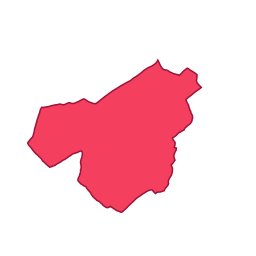 outline of Singida Urban, Singida, United Republic of Tanzania, rotated 50°
{"feature_id": "72390352B67063144918279", "entity_name": "Singida Urban", "entity_type": "district", "adm_level": 2, "iso_a3": "TZA", "parent_name": "United Republic of Tanzania", "parent_adm1": "Singida", "projection": "equal_earth", "projection_center": [34.722, -4.814], "detail": "fine", "context": "isolated", "style": "filled", "palette": "rose", "viewbox_px": 256, "rotation_deg": 50, "n_neighbors": 0, "source": "geoboundaries", "source_scale": "gbopen_adm2", "svg_char_len": 5019}
<svg xmlns="http://www.w3.org/2000/svg" viewBox="0 0 256 256"><g transform="rotate(50 128 128)"><path d="M195.9,149.1L195.9,148.8L195.9,147.0L197.9,144.2L198.4,142.9L199.3,140.7L198.3,138.5L197.5,134.2L196.6,132.6L195.6,132.1L195.3,131.8L194.7,131.4L193.4,129.2L193.0,128.4L192.7,126.8L192.1,125.3L191.3,123.9L190.5,122.8L189.0,121.3L188.3,120.4L187.3,119.8L187.0,119.6L185.8,119.3L185.4,119.2L184.2,118.7L184.1,118.0L183.7,115.8L182.8,112.6L181.7,112.3L180.3,111.8L179.0,111.0L177.6,109.2L176.7,107.5L175.8,105.2L174.4,103.8L173.8,104.3L172.7,105.3L171.7,103.6L170.9,102.6L170.6,102.3L170.5,102.2L169.4,101.3L169.2,101.2L168.9,101.1L167.0,101.0L166.9,101.0L165.6,100.9L164.4,100.3L164.2,100.2L164.3,99.7L164.6,97.8L164.6,97.7L164.7,95.7L164.5,94.4L164.3,93.2L164.2,93.1L164.4,92.1L164.6,91.7L164.6,91.4L164.6,91.2L164.7,90.8L164.9,89.3L165.5,86.3L164.7,84.7L164.6,82.5L164.5,82.1L164.6,81.0L164.7,77.8L164.6,77.5L164.6,76.9L163.7,74.5L162.4,72.9L161.9,72.0L160.0,70.7L159.5,70.7L159.0,70.4L157.1,70.1L155.4,69.2L155.0,69.1L154.4,69.2L154.1,69.0L153.3,68.9L152.3,68.2L150.8,67.7L150.5,67.6L149.7,67.1L148.0,66.7L146.7,66.5L145.5,66.1L145.2,66.0L143.5,65.2L143.3,62.3L143.5,59.2L143.6,53.4L143.8,50.5L144.0,48.5L144.1,46.2L143.9,46.2L143.9,45.7L143.2,45.9L141.6,45.9L140.6,46.0L139.2,46.0L138.5,46.1L137.3,45.9L135.9,45.2L135.5,44.9L134.8,44.0L133.6,42.8L131.7,40.9L130.6,41.1L129.6,41.2L127.9,41.7L125.9,42.3L123.9,43.1L122.2,43.4L120.3,44.1L120.2,44.4L120.1,48.5L120.2,49.8L120.4,51.1L120.5,52.7L120.8,54.8L119.6,55.2L118.9,55.8L118.7,55.9L118.4,56.2L117.8,56.6L117.5,56.8L117.2,57.0L116.1,57.8L114.7,58.6L113.3,59.2L111.8,60.1L110.6,60.2L109.8,60.5L108.6,61.1L108.2,61.4L106.8,62.7L106.4,62.9L106.0,63.2L105.0,63.3L104.6,63.4L104.4,63.4L103.8,63.5L103.4,63.3L102.8,63.3L100.5,62.9L100.2,62.8L98.4,62.3L96.9,61.9L96.2,61.7L95.2,61.5L95.3,61.7L95.5,62.3L96.1,64.3L96.2,64.7L96.2,66.1L96.1,67.6L96.0,68.1L95.9,69.8L95.2,72.3L95.0,72.9L94.9,73.4L94.5,75.5L94.2,77.9L94.1,79.4L94.2,81.0L94.2,82.3L94.2,83.9L94.0,85.2L94.0,86.5L93.8,88.0L93.7,89.6L93.4,90.9L93.3,92.1L93.3,93.6L93.3,94.8L93.2,96.0L92.8,97.5L92.2,100.7L91.6,103.4L91.2,105.7L91.1,106.2L91.0,106.6L90.8,108.4L90.5,110.8L89.7,115.9L89.6,117.7L89.4,120.1L89.1,125.0L89.0,128.1L88.9,132.6L88.6,132.7L88.9,132.7L88.8,134.6L88.7,136.9L88.1,137.5L87.9,138.0L87.0,138.8L86.9,138.8L83.3,140.9L81.7,141.6L80.3,142.0L80.1,142.0L79.0,142.4L77.9,142.7L77.3,143.2L77.2,143.5L76.9,144.2L76.6,145.2L76.5,146.2L76.2,147.1L75.9,149.0L75.5,150.0L74.8,152.5L74.5,153.3L74.2,153.9L73.1,155.2L71.4,156.3L70.8,156.8L70.3,157.9L69.8,159.3L69.6,160.6L69.1,161.7L68.6,162.6L67.8,163.3L67.0,163.9L65.8,164.8L65.0,166.4L64.4,167.7L63.4,169.0L62.9,170.2L62.0,171.6L60.7,174.7L59.7,176.4L57.8,179.6L57.0,180.5L56.7,180.7L57.5,183.1L59.7,186.3L60.9,188.5L62.1,190.2L63.3,192.3L63.9,193.1L64.9,194.6L65.5,195.4L66.0,196.2L66.4,196.7L67.7,198.6L68.2,199.5L69.1,200.7L70.7,202.4L71.9,204.3L73.3,206.3L73.6,207.3L73.7,208.7L74.2,211.2L74.4,212.3L74.6,213.5L74.9,214.2L75.2,214.6L76.9,215.0L78.7,215.0L81.6,215.0L83.1,215.1L84.1,215.2L84.6,215.1L85.5,215.2L86.5,215.2L87.3,215.2L88.6,215.1L89.7,214.9L90.9,214.6L91.7,214.6L92.6,214.6L94.0,214.4L95.9,214.2L97.7,214.5L98.7,214.5L99.8,214.3L101.1,214.1L103.2,213.9L105.0,213.7L106.4,213.4L107.7,213.2L108.4,211.6L109.0,209.9L109.3,209.1L109.7,207.6L109.8,206.0L110.1,204.7L110.4,203.0L110.8,200.8L110.8,199.4L111.0,198.0L111.5,196.6L111.5,195.7L111.7,194.2L111.8,192.6L111.9,191.1L112.2,189.4L112.2,187.8L112.5,186.5L112.5,186.4L112.6,186.2L113.0,185.2L113.2,184.9L113.3,184.7L113.4,184.3L113.6,184.0L113.6,183.8L114.1,182.7L114.5,181.5L114.7,180.4L114.8,180.1L115.2,179.0L115.8,178.5L115.9,178.4L116.0,178.4L116.5,178.5L116.8,178.5L118.6,179.7L119.5,180.8L120.4,181.6L121.2,182.9L121.4,183.4L122.4,184.9L123.8,186.5L124.2,186.7L124.5,186.9L124.7,187.0L125.1,187.3L125.9,187.6L126.5,188.1L126.9,188.3L128.6,189.7L129.8,191.5L130.6,192.2L131.4,192.9L131.7,193.3L132.2,194.3L132.5,194.5L134.0,197.2L134.1,197.3L134.3,198.0L135.3,199.6L135.8,199.9L136.2,200.0L136.8,200.3L138.3,200.1L140.2,200.1L141.7,199.6L143.6,199.1L146.1,198.0L148.3,198.5L150.8,198.4L153.9,198.3L154.9,198.7L156.8,198.9L158.3,199.0L160.2,198.8L160.7,198.7L160.9,198.7L162.3,198.4L163.1,198.5L164.1,198.1L164.8,197.7L165.8,197.3L166.5,197.2L168.6,197.0L169.7,196.7L171.2,196.8L172.0,196.6L173.4,196.3L174.9,195.6L175.9,195.0L176.4,193.7L176.7,192.8L176.8,192.5L176.5,192.2L176.6,191.8L178.6,191.4L179.2,191.0L180.4,190.9L182.2,190.2L183.8,189.9L185.8,188.6L187.0,188.0L187.9,187.6L188.2,187.3L188.5,186.5L188.6,185.5L188.5,184.5L188.4,182.0L188.4,181.2L188.3,180.6L188.3,180.4L188.0,177.2L187.9,176.8L187.9,175.8L187.8,173.9L187.8,172.6L187.6,171.0L187.6,170.6L187.4,168.1L187.4,167.8L187.4,167.6L187.3,166.1L187.7,162.9L188.0,159.2L188.2,158.1L188.4,155.9L188.6,155.3L188.6,154.8L189.1,152.5L189.5,151.5L190.3,150.1L191.0,149.3L191.7,149.2L192.2,149.3L192.8,149.4L193.9,149.3L194.9,149.2L195.9,149.1L195.9,149.1Z" fill="#f43f5e" stroke="#9f1239" stroke-width="1.5"/></g></svg>